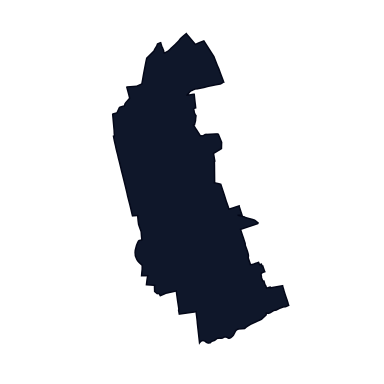 Bors, Bihor, Romania, rotated 331°
{"feature_id": "2599482B42133295911926", "entity_name": "Bors", "entity_type": "district", "adm_level": 2, "iso_a3": "ROU", "parent_name": "Romania", "parent_adm1": "Bihor", "projection": "orthographic", "projection_center": [21.836, 47.134], "detail": "fine", "context": "isolated", "style": "filled", "palette": "ink", "viewbox_px": 384, "rotation_deg": 331, "n_neighbors": 0, "source": "geoboundaries", "source_scale": "gbopen_adm2", "svg_char_len": 5739}
<svg xmlns="http://www.w3.org/2000/svg" viewBox="0 0 384 384"><g transform="rotate(331 192 192)"><path d="M221.6,338.0L221.9,336.2L222.1,335.8L222.9,331.8L222.9,331.5L223.8,326.6L224.6,322.7L224.9,321.7L225.4,319.2L225.5,318.9L225.8,317.9L214.0,313.8L214.2,313.0L210.6,312.3L210.7,311.5L211.0,310.2L210.9,308.3L211.1,307.4L211.6,305.3L211.7,304.9L211.7,304.7L210.8,304.4L210.8,304.1L210.9,303.4L211.1,301.3L211.2,300.7L211.4,300.1L211.5,300.0L211.6,299.9L212.0,298.8L212.3,297.5L213.4,297.0L213.5,296.4L214.1,296.5L217.0,297.0L217.0,296.7L218.0,291.0L217.3,290.9L217.4,290.5L217.4,290.2L217.5,289.9L217.7,288.7L216.8,288.5L215.8,288.3L216.1,285.8L213.7,285.4L213.1,285.2L211.0,285.0L209.2,284.5L207.9,283.9L208.1,283.0L209.2,276.9L210.2,275.5L210.7,274.6L211.2,273.0L211.7,270.9L212.1,268.6L212.7,264.6L212.9,264.1L213.6,262.6L213.7,262.0L213.9,260.9L214.2,259.4L214.8,256.5L215.0,255.1L216.3,248.2L234.1,251.5L234.8,251.1L234.3,249.8L233.9,248.8L233.4,247.6L233.1,247.0L232.7,246.5L232.1,245.9L225.9,239.8L225.9,239.4L220.5,234.3L224.5,236.6L224.9,234.6L225.3,232.4L225.8,230.0L226.2,227.7L226.5,227.0L223.0,226.3L221.2,226.0L219.7,225.7L216.0,224.9L216.6,221.9L217.2,218.4L217.4,217.0L218.8,210.3L220.9,199.2L219.4,197.7L218.5,196.9L218.1,196.6L216.0,194.7L216.2,194.4L216.4,194.4L216.6,194.3L217.4,192.8L224.5,179.7L226.4,176.1L226.6,176.1L226.9,176.1L228.2,172.4L229.5,168.7L238.8,168.3L242.0,162.9L243.0,154.3L242.5,153.6L241.2,152.9L233.2,149.0L232.4,148.5L231.4,148.1L229.5,148.2L229.0,148.2L228.5,148.1L228.4,148.0L228.3,147.9L227.3,147.3L226.6,147.0L226.5,146.9L226.4,144.4L226.3,143.0L226.2,141.4L226.1,139.8L225.9,137.8L225.9,137.0L225.7,134.2L226.9,134.3L227.0,133.9L227.8,133.3L228.9,132.1L229.6,131.4L230.1,130.6L231.1,129.1L232.5,127.2L232.3,125.7L232.5,123.8L233.3,121.5L233.6,120.1L234.6,119.9L235.2,120.0L236.0,120.2L236.9,118.1L237.5,116.7L237.7,116.1L239.7,111.3L241.3,107.6L240.4,107.1L237.7,106.2L234.7,105.0L234.8,104.8L238.2,103.5L238.5,103.3L240.2,103.0L241.1,103.2L242.6,103.2L242.8,103.2L243.4,103.3L244.2,103.4L244.9,103.5L245.8,103.9L246.6,104.3L247.9,104.7L253.2,106.4L256.2,107.1L258.0,107.6L261.7,108.8L264.0,109.5L265.5,110.0L266.1,110.2L267.2,110.6L268.7,111.1L269.3,111.3L269.7,111.3L270.4,111.3L271.1,111.3L271.6,111.2L272.5,111.1L272.8,111.1L273.0,111.2L273.1,110.6L273.2,110.1L273.4,108.8L274.5,101.3L275.1,97.7L275.2,97.1L275.5,93.5L276.7,84.7L276.8,84.3L275.6,65.6L271.3,65.0L270.9,65.0L270.6,64.9L270.0,64.9L269.8,64.9L269.7,64.8L267.9,64.7L267.0,64.6L266.5,64.6L266.0,62.0L265.3,58.5L264.6,54.9L264.1,52.6L263.8,50.8L263.8,50.7L261.1,51.2L259.1,51.6L257.0,52.1L256.5,52.2L255.9,52.4L255.3,52.7L254.6,53.0L254.3,53.2L253.1,53.6L252.8,53.7L252.4,53.8L251.1,54.2L250.2,54.4L249.5,54.7L248.7,54.9L247.9,55.1L246.6,55.4L245.0,55.8L243.6,56.1L242.1,56.6L241.8,56.7L240.9,56.9L239.5,57.2L239.0,57.2L237.7,57.2L237.3,57.2L235.7,57.1L235.1,56.9L235.2,55.6L235.6,55.0L235.7,54.5L236.0,52.1L236.1,51.6L236.1,51.0L236.1,50.8L236.1,50.1L236.4,48.9L236.5,48.5L236.5,48.3L236.6,47.9L236.7,47.4L237.0,46.2L236.8,46.1L235.6,46.0L233.6,45.8L232.0,47.2L228.6,49.1L227.2,50.2L222.3,51.6L217.3,53.0L214.5,56.2L210.9,60.5L207.4,64.7L204.8,67.9L203.7,69.3L200.5,73.2L194.9,72.7L186.2,68.7L185.8,68.7L184.1,75.6L183.1,79.3L182.9,79.8L181.8,80.2L177.4,81.8L176.2,82.4L174.7,83.9L174.3,83.9L173.0,83.5L170.1,82.9L169.4,83.0L164.9,86.3L164.2,86.3L160.7,85.4L160.3,85.6L156.9,93.3L153.8,100.3L152.3,103.3L151.5,105.3L150.4,105.1L148.8,110.0L148.1,112.4L147.7,113.9L146.8,116.8L145.8,120.4L145.1,123.2L144.1,126.6L143.2,130.1L141.5,136.3L140.5,139.8L139.6,143.3L138.9,145.9L137.6,150.7L136.3,155.5L134.8,160.9L133.7,164.5L132.5,169.1L131.5,173.0L130.5,176.6L129.2,181.1L128.4,184.0L133.1,186.2L131.0,190.9L129.6,194.4L129.0,197.7L128.3,202.1L126.3,206.4L125.1,209.3L124.8,209.6L122.2,208.8L121.3,209.0L119.6,210.2L117.7,211.7L115.2,214.3L114.1,215.5L112.8,217.5L112.4,218.5L111.5,220.4L111.1,223.9L111.1,225.7L111.6,228.0L112.9,232.0L111.0,235.4L109.1,238.1L107.3,240.8L112.7,243.7L110.1,247.0L107.2,251.0L114.1,255.5L113.3,256.6L111.1,260.9L112.3,264.0L113.8,264.7L114.0,265.0L114.0,267.3L118.7,267.8L119.4,267.8L120.2,267.9L121.1,268.2L122.0,268.5L122.9,268.7L125.8,269.6L130.3,270.9L128.8,274.7L126.9,279.6L123.7,288.2L123.0,288.8L121.7,292.6L127.4,294.8L134.9,297.7L135.6,298.0L136.0,298.1L137.6,298.5L134.9,305.2L134.1,307.1L133.9,307.6L133.1,309.3L125.5,327.5L125.7,327.4L126.4,327.2L127.1,327.0L127.7,326.9L128.1,326.8L128.4,326.8L128.6,326.9L128.9,327.0L129.3,327.2L129.6,327.4L130.2,327.7L130.6,328.2L131.0,328.7L131.2,329.0L131.3,329.5L131.5,329.9L131.6,330.3L131.8,330.6L132.2,331.1L132.7,331.7L132.9,331.9L133.0,332.0L133.8,332.3L134.3,332.5L134.6,332.6L134.9,332.7L135.2,332.6L135.5,332.5L136.1,332.3L136.4,332.2L136.7,332.2L137.0,332.2L137.5,332.3L138.6,332.5L139.5,332.7L140.0,332.7L140.8,332.6L141.5,332.5L141.9,332.4L142.2,332.3L142.4,332.3L142.8,332.3L143.1,332.3L143.5,332.4L144.1,332.7L144.6,332.9L145.2,333.2L146.3,333.9L146.7,334.1L147.0,334.2L147.5,334.4L147.8,334.5L148.2,334.5L149.1,334.5L149.5,334.5L149.8,334.5L150.1,334.6L150.4,334.7L150.8,334.9L151.1,335.1L151.5,335.4L151.7,335.6L152.0,335.9L152.2,336.2L152.4,336.5L152.6,336.8L152.7,337.1L152.8,337.2L153.0,337.5L153.3,337.8L153.9,338.0L154.3,338.1L155.2,338.2L157.2,337.8L157.9,337.6L158.5,337.4L159.1,337.1L159.8,336.6L162.7,334.7L163.8,334.3L165.1,334.2L166.6,334.5L171.7,336.9L172.5,336.8L173.5,336.5L175.2,336.3L179.1,336.1L185.5,336.6L186.3,336.6L189.0,336.9L191.1,337.0L193.0,336.5L195.1,336.0L197.1,335.5L197.6,334.9L197.9,334.5L198.3,333.9L198.6,334.2L200.0,335.2L201.8,335.5L206.1,335.3L208.4,336.1L212.2,336.2L216.1,336.8L216.4,336.9L218.2,337.7L219.2,337.8L221.6,338.0Z" fill="#0f172a" stroke="#020617" stroke-width="1.5"/></g></svg>